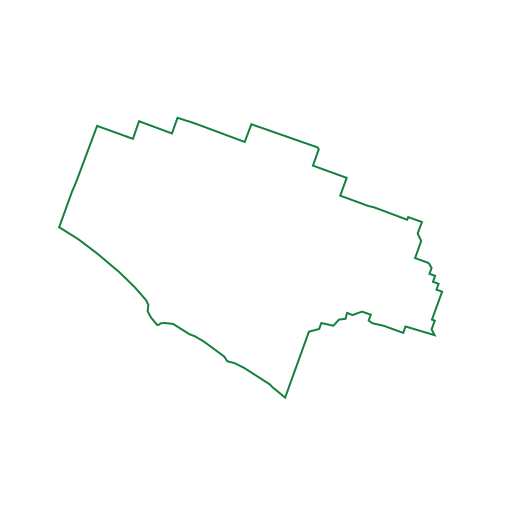 Coos, Oregon, United States of America, rotated 290°
{"feature_id": "52423323B77484921359838", "entity_name": "Coos", "entity_type": "district", "adm_level": 2, "iso_a3": "USA", "parent_name": "United States of America", "parent_adm1": "Oregon", "projection": "equal_earth", "projection_center": [-124.106, 43.139], "detail": "fine", "context": "isolated", "style": "outline", "palette": "green", "viewbox_px": 512, "rotation_deg": 290, "n_neighbors": 0, "source": "geoboundaries", "source_scale": "gbopen_adm2", "svg_char_len": 1061}
<svg xmlns="http://www.w3.org/2000/svg" viewBox="0 0 512 512"><g transform="rotate(290 256 256)"><path d="M344.7,400.3L344.6,385.7L341.8,385.7L342.1,350.3L341.4,344.2L341.5,314.5L360.4,314.5L360.4,278.6L377.6,278.5L379.1,277.0L378.2,206.6L359.3,206.4L359.7,152.9L359.0,135.0L342.4,135.1L342.6,100.0L324.0,100.3L323.9,62.2L264.8,61.7L252.9,61.1L215.7,61.2L211.0,83.3L204.0,105.9L194.1,133.0L185.2,152.7L176.8,168.0L173.1,171.6L166.9,173.1L162.2,178.5L157.4,186.7L158.2,188.3L160.2,189.5L161.8,193.1L163.8,201.4L159.7,220.5L159.7,225.8L157.7,236.6L150.6,260.6L147.3,265.0L148.0,272.7L146.7,283.5L140.1,312.8L138.3,316.5L132.9,331.8L203.0,331.6L209.0,340.3L215.3,340.3L217.0,352.6L224.6,355.7L227.6,361.6L233.7,361.1L233.5,366.8L240.0,374.7L240.1,383.9L233.9,384.0L232.6,388.3L234.1,399.8L234.1,420.6L240.9,420.6L242.7,450.9L247.1,446.1L256.4,446.1L256.4,443.1L286.1,443.1L286.1,437.1L292.3,437.1L292.3,431.1L298.6,431.1L298.6,425.1L304.8,425.1L308.4,420.7L308.5,406.2L326.6,406.1L332.5,400.2L344.7,400.3Z" fill="none" stroke="#15803d" stroke-width="2"/></g></svg>